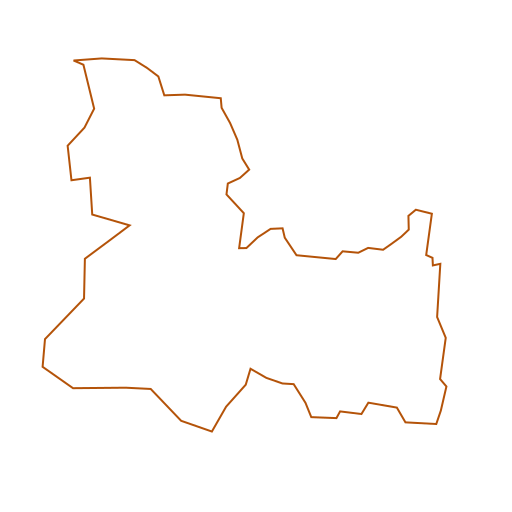 Lezhë, Lezhë, Albania (Equal Earth projection), rotated 277°
{"feature_id": "67620474B20431026689517", "entity_name": "Lezhë", "entity_type": "district", "adm_level": 2, "iso_a3": "ALB", "parent_name": "Albania", "parent_adm1": "Lezhë", "projection": "equal_earth", "projection_center": [19.698, 41.807], "detail": "fine", "context": "isolated", "style": "outline", "palette": "amber", "viewbox_px": 512, "rotation_deg": 277, "n_neighbors": 0, "source": "geoboundaries", "source_scale": "gbopen_adm2", "svg_char_len": 1096}
<svg xmlns="http://www.w3.org/2000/svg" viewBox="0 0 512 512"><g transform="rotate(277 256 256)"><path d="M308.7,63.6L313.5,81.6L277.2,88.4L271.0,126.8L255.6,110.8L232.4,86.5L192.8,90.5L147.8,56.7L120.0,57.7L102.5,90.5L109.4,142.7L111.2,167.7L83.3,201.8L78.4,224.4L76.4,233.6L102.8,244.7L127.0,261.5L143.4,264.3L136.3,281.1L132.7,297.8L133.4,309.0L116.3,323.0L102.8,330.5L104.9,355.6L112.0,358.4L112.0,379.9L124.1,385.4L122.7,414.3L109.1,424.6L111.2,455.4L125.1,458.3L149.7,460.9L156.3,453.7L197.9,454.3L217.5,443.2L270.7,439.9L268.2,432.7L275.7,431.4L277.7,424.8L319.4,425.4L321.4,409.0L314.4,402.4L300.8,404.4L292.8,397.8L284.3,388.7L277.7,381.4L277.7,366.3L271.7,357.1L271.2,341.4L262.7,335.5L261.7,296.1L277.7,282.3L286.7,279.0L284.7,267.2L274.7,255.4L262.7,245.5L261.7,238.3L297.0,238.7L313.5,219.2L324.5,219.2L331.5,230.5L340.9,238.7L351.1,230.5L369.1,223.3L384.8,214.1L398.9,203.8L408.3,201.8L407.5,165.9L404.3,145.4L422.3,137.2L429.4,124.9L435.6,111.6L433.3,78.8L427.8,51.1L424.8,61.4L382.5,77.4L362.5,70.1L342.5,55.6L308.7,63.6Z" fill="none" stroke="#b45309" stroke-width="2"/></g></svg>